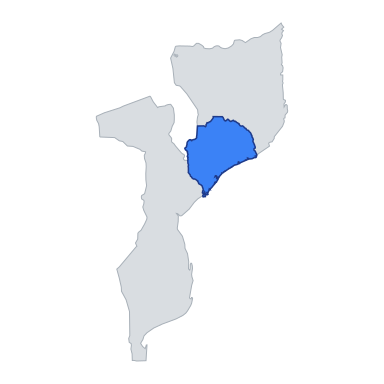 location of Zambezia within Mozambique
{"feature_id": "MOZ-1906", "entity_name": "Zambezia", "entity_type": "Province", "adm_level": 1, "iso_a3": "MOZ", "parent_name": "Mozambique", "parent_adm1": "", "projection": "robinson", "projection_center": [37.187, -16.952], "detail": "fine", "context": "in_parent", "style": "filled", "palette": "blue", "viewbox_px": 384, "rotation_deg": 0, "n_neighbors": 0, "source": "natural_earth", "source_scale": "10m", "svg_char_len": 9339}
<svg xmlns="http://www.w3.org/2000/svg" viewBox="0 0 384 384"><path d="M116.8,269.1L119.3,266.9L135.9,247.1L136.9,246.3L135.5,243.0L137.7,239.1L137.9,233.2L138.6,232.2L141.1,230.2L144.6,224.0L146.8,219.2L147.0,217.0L143.8,210.4L142.8,207.0L143.8,203.9L144.1,201.1L143.7,200.2L141.7,199.0L141.4,197.7L141.4,196.2L141.8,195.4L144.1,194.1L144.7,193.4L146.6,185.7L145.9,180.0L145.8,173.5L146.2,166.7L146.0,162.9L144.5,158.5L144.3,155.3L145.4,153.1L145.6,151.8L141.9,151.1L139.9,149.3L132.9,146.4L127.4,146.0L122.8,141.5L119.3,140.8L114.7,137.6L100.3,137.0L99.8,136.7L99.2,126.9L98.6,123.7L96.8,120.3L96.3,117.9L96.4,116.3L104.3,112.8L119.9,107.8L123.3,106.1L149.9,96.2L150.6,96.8L153.3,101.9L157.7,107.6L158.8,106.8L165.2,105.9L166.1,105.2L168.1,104.6L170.3,104.3L171.0,104.7L173.4,108.2L174.3,114.9L174.3,119.4L174.1,122.6L172.2,126.3L170.8,131.0L168.8,133.6L168.9,134.8L171.2,137.6L171.7,138.8L171.5,141.2L171.9,142.2L173.9,143.7L175.5,146.0L181.3,152.8L182.7,154.0L183.9,154.3L184.5,155.6L184.2,157.2L183.3,158.1L183.6,159.3L184.7,160.4L187.4,160.2L187.7,159.7L187.5,153.8L186.6,150.3L185.4,148.7L187.7,142.2L188.9,140.4L193.2,139.7L195.2,139.1L196.0,138.3L196.6,136.3L197.1,130.5L197.3,125.1L196.9,122.0L197.5,117.2L198.4,114.3L198.0,113.7L197.6,109.7L186.8,93.8L180.6,86.7L179.6,85.9L176.2,85.3L174.4,82.7L172.9,68.4L170.6,58.1L174.1,51.3L175.3,46.9L176.0,46.2L179.1,45.9L189.8,46.1L192.4,46.5L193.6,46.1L196.4,43.4L198.7,43.4L201.8,45.2L203.5,46.6L203.8,47.9L205.8,48.6L209.7,48.8L212.5,48.2L214.2,46.7L216.1,45.9L218.0,45.8L219.4,46.3L220.4,47.4L222.3,48.2L225.1,48.7L228.2,48.0L231.5,46.0L233.4,44.0L234.4,40.6L235.0,40.2L239.7,39.8L242.2,40.5L245.4,42.6L250.9,38.8L254.3,37.5L257.7,37.5L260.4,36.6L262.5,34.8L264.8,33.6L269.4,32.3L272.5,30.4L281.1,23.0L282.1,25.2L283.8,27.1L281.5,29.2L283.5,30.6L282.0,32.6L281.8,34.0L282.5,35.4L281.6,37.8L280.3,39.6L279.9,40.9L281.1,43.3L280.5,47.6L282.2,54.8L281.7,57.1L282.1,62.8L281.4,64.8L282.5,65.5L283.1,67.8L282.6,71.7L280.7,73.3L280.5,74.9L282.8,75.0L282.8,79.9L282.5,81.3L283.1,83.0L282.4,84.8L283.2,92.7L283.3,98.4L283.4,99.4L285.4,100.3L285.4,101.9L284.0,103.9L284.1,107.0L285.6,104.6L286.5,104.6L287.2,105.5L287.3,109.0L287.7,110.7L287.5,112.2L285.1,115.1L285.0,117.9L284.0,118.2L283.6,118.9L284.2,120.5L284.2,121.9L282.5,126.3L274.3,136.7L274.2,138.5L272.1,141.8L269.8,142.3L268.6,143.2L269.5,146.1L258.7,153.5L257.6,154.5L255.8,157.2L252.3,158.6L248.4,158.8L247.7,159.3L239.0,162.7L237.2,164.4L233.5,165.8L227.6,169.5L222.8,173.0L217.3,178.2L216.6,181.0L214.0,184.7L210.2,189.0L207.9,192.6L207.7,194.2L206.4,194.7L205.2,193.2L204.7,196.1L203.8,196.3L202.7,195.7L197.9,198.8L194.3,202.3L189.2,209.1L181.7,215.7L180.0,215.9L177.6,213.6L176.4,213.4L178.3,215.9L178.2,221.4L177.3,227.9L177.4,229.3L182.4,236.2L184.8,244.2L185.0,248.3L187.5,253.6L188.7,261.5L188.5,268.9L189.7,270.1L190.1,269.1L190.3,264.4L190.9,263.2L191.6,263.3L192.3,265.9L192.5,268.5L191.6,274.3L191.9,276.7L193.1,280.6L191.7,285.2L189.5,297.8L190.0,298.6L191.1,298.9L191.5,297.5L192.2,297.6L192.6,298.4L191.6,303.3L190.7,305.5L187.5,310.9L185.8,313.1L182.9,315.4L176.1,318.9L162.4,324.0L153.8,328.0L147.0,332.7L144.0,335.9L142.9,339.5L140.6,343.3L142.6,346.5L145.2,348.7L146.3,345.0L147.0,344.9L146.0,360.7L136.6,361.0L133.9,360.4L132.3,360.5L132.1,353.9L130.9,349.0L131.4,345.5L131.2,343.6L129.2,342.3L128.7,338.5L129.8,335.6L129.5,311.5L126.1,299.8L121.5,291.3L121.3,287.1L119.2,277.8L116.8,269.1ZM176.5,57.1L177.6,56.5L177.8,55.3L177.1,54.7L176.4,54.9L176.1,56.8L176.5,57.1ZM175.7,55.0L174.8,54.1L174.2,54.3L173.9,55.1L174.6,56.0L175.4,56.1L175.7,55.0Z" fill="#d9dde1" stroke="#a8b0b8" stroke-width="1"/><path d="M197.5,126.0L203.9,125.9L204.2,126.0L204.6,126.3L205.0,126.4L205.3,126.7L205.5,126.7L205.9,126.1L206.1,125.7L206.1,125.3L206.0,124.9L206.1,124.6L206.5,124.0L207.1,122.8L207.1,122.7L207.3,122.7L207.7,122.8L207.9,122.8L208.3,122.5L208.7,122.5L209.4,121.9L209.5,121.9L209.9,121.8L210.6,121.4L211.6,120.1L211.8,119.9L212.1,119.4L212.5,119.0L213.2,117.8L213.3,117.5L213.2,116.6L222.3,116.7L223.0,117.4L223.3,117.9L223.5,118.4L223.7,118.8L224.1,119.9L224.3,120.1L224.9,120.5L225.1,120.9L225.2,121.0L225.3,121.0L225.8,120.7L226.3,120.6L226.5,120.5L226.7,120.3L227.0,119.7L227.5,119.3L227.8,119.2L228.0,119.3L228.4,119.5L228.7,120.0L228.8,120.1L229.4,120.4L229.5,120.5L229.5,120.8L229.7,121.0L229.8,121.0L230.1,121.1L230.4,121.3L230.6,121.5L230.8,121.5L231.2,121.4L231.7,121.1L232.0,120.8L232.5,120.7L232.9,120.4L233.2,120.3L233.4,120.3L233.6,120.4L234.1,121.1L234.4,121.4L234.6,121.4L234.9,121.3L235.5,121.3L236.1,121.8L236.2,122.1L236.4,122.2L236.6,122.4L237.5,122.8L238.0,123.2L238.4,123.3L238.9,123.7L239.0,123.7L239.0,123.8L239.0,124.2L239.0,124.3L239.4,124.5L239.7,125.2L239.9,125.5L240.2,125.7L240.6,125.9L241.6,126.1L241.9,126.0L242.5,125.9L243.1,126.2L243.5,126.6L243.7,126.8L244.1,127.1L244.4,127.7L245.0,128.1L245.7,128.3L245.9,128.5L246.1,128.7L246.2,129.0L246.3,129.5L246.7,129.8L247.5,130.2L248.4,130.4L248.6,130.5L248.8,131.0L248.9,131.3L249.2,131.6L249.3,131.7L250.4,132.6L250.6,133.0L251.0,133.7L251.2,134.4L251.5,134.8L251.5,135.2L251.6,135.3L251.9,135.7L252.0,135.9L252.0,136.2L252.0,136.7L252.0,136.9L252.5,137.6L252.9,138.3L253.2,139.3L253.3,139.5L253.2,139.7L253.2,140.0L253.0,140.4L253.0,140.9L252.9,141.3L253.0,141.4L253.2,142.1L253.4,142.5L253.9,143.5L254.1,144.1L254.3,144.5L254.5,144.8L254.6,145.5L254.9,146.1L255.0,146.3L255.1,146.7L255.2,147.3L255.2,147.6L255.2,148.0L254.4,148.4L254.2,148.5L254.0,148.9L254.0,149.6L254.0,149.9L254.1,150.2L254.3,150.5L254.9,150.8L255.1,151.0L255.7,152.3L255.7,152.6L255.8,152.8L256.3,153.4L256.4,153.7L256.6,154.1L256.7,154.3L256.6,154.9L256.7,155.1L256.7,155.4L256.5,155.7L256.1,155.9L255.8,156.0L256.1,156.1L256.4,156.0L256.5,156.0L256.5,156.4L256.4,156.8L256.2,157.1L256.0,157.4L255.7,157.6L255.0,157.6L254.4,157.6L253.8,157.7L252.8,158.4L252.1,158.7L249.3,159.0L249.0,158.8L248.6,158.4L248.3,158.3L248.7,158.8L248.3,159.3L247.7,159.6L247.1,159.7L247.1,159.3L246.3,160.2L246.0,160.2L245.7,159.9L245.4,160.0L245.4,160.3L245.4,160.5L240.4,162.7L240.1,162.9L239.7,163.5L239.2,163.6L238.8,163.2L238.8,161.8L238.5,161.4L238.7,161.8L238.2,161.9L237.8,161.7L238.1,162.1L238.5,162.6L238.7,163.0L238.3,163.4L238.7,163.6L238.2,164.0L237.1,164.5L234.7,165.0L233.7,165.6L231.4,167.4L231.2,167.4L231.3,167.1L230.8,167.4L230.2,168.0L229.4,168.5L228.8,168.4L228.4,169.0L226.1,170.5L225.6,171.0L225.3,171.2L225.1,171.3L224.9,171.1L224.6,171.6L224.4,171.8L224.1,171.8L223.7,171.8L223.5,172.0L223.4,172.2L223.2,172.6L222.8,172.9L222.2,173.1L221.8,173.0L221.7,173.7L221.2,174.4L220.0,175.6L218.6,178.0L218.1,178.6L218.1,178.4L218.0,178.0L217.9,178.2L217.6,177.7L216.9,177.2L216.8,176.9L216.8,176.7L216.8,176.3L216.4,175.9L215.9,175.7L215.4,175.8L215.2,176.3L215.7,175.9L216.1,176.3L216.4,176.9L216.5,177.6L216.6,178.4L216.7,178.6L217.3,178.8L218.0,179.3L217.4,180.4L217.2,180.8L216.7,181.3L216.6,181.6L216.5,182.0L216.4,182.2L216.0,182.2L215.6,182.0L215.3,182.0L215.0,182.2L214.8,182.5L214.6,183.1L214.9,183.0L215.4,182.6L215.7,182.4L215.5,182.9L214.2,184.5L213.5,185.2L211.8,187.4L211.0,188.2L210.4,188.4L210.3,189.2L210.1,189.5L209.6,189.2L209.7,189.6L209.8,189.7L209.2,189.7L209.0,189.8L209.0,190.0L209.0,190.5L208.7,190.9L208.0,192.5L207.7,193.0L207.7,192.7L207.4,192.6L207.3,193.2L207.2,193.6L207.3,193.7L207.5,193.6L207.4,193.4L207.7,193.6L207.7,193.8L208.0,194.3L207.8,194.5L206.9,194.9L206.5,194.8L206.1,194.5L205.8,194.4L205.4,194.0L204.8,192.6L204.7,193.3L205.1,194.7L205.2,195.4L205.0,196.1L205.3,196.3L205.4,196.6L205.1,196.7L204.9,196.5L204.3,196.6L203.8,196.8L203.1,196.9L202.9,196.6L202.8,195.4L202.9,195.0L203.2,194.9L203.4,194.8L203.6,194.5L203.9,194.0L203.9,193.9L203.6,193.5L203.3,193.0L202.8,193.2L202.5,193.1L202.4,192.9L202.8,192.7L202.6,192.3L202.6,191.7L202.6,191.0L203.0,190.7L203.3,190.7L203.1,190.0L203.2,189.1L203.0,188.6L202.7,187.8L202.7,187.6L202.5,187.3L202.4,186.8L202.2,186.3L202.1,185.9L201.8,185.6L201.4,185.4L201.2,185.2L201.0,184.8L200.8,184.7L200.0,184.4L198.9,183.8L198.6,183.4L198.6,182.8L198.5,182.7L198.2,182.1L197.6,181.4L197.8,181.0L197.4,180.7L196.6,180.2L195.9,179.6L195.5,179.4L195.0,179.2L194.5,179.0L194.3,178.9L193.7,179.0L193.4,179.0L193.2,178.9L192.6,178.3L192.0,177.9L191.8,177.7L191.6,177.1L191.5,176.9L191.2,176.7L190.6,176.3L190.4,176.0L190.3,175.7L190.2,175.0L190.1,174.6L189.9,174.5L189.6,174.2L189.3,173.8L188.7,173.0L188.3,172.6L188.4,171.8L188.4,167.8L188.2,166.6L188.2,166.0L188.3,165.7L188.5,165.3L188.5,165.1L188.4,164.4L188.0,163.5L187.9,163.1L187.8,160.7L187.7,160.4L187.9,160.2L188.0,159.9L188.0,159.5L188.0,159.1L187.8,158.3L187.8,158.0L188.0,157.6L188.1,157.4L188.0,157.2L187.4,156.8L187.3,156.7L187.6,156.3L187.5,155.5L187.6,155.1L188.0,154.6L187.9,154.1L187.6,153.3L187.5,152.9L187.5,151.6L187.4,151.5L187.0,150.9L186.7,150.8L186.5,150.4L185.9,150.1L185.6,150.0L185.1,149.1L184.8,148.2L186.3,147.1L186.5,146.8L186.6,146.4L186.6,145.6L186.7,145.2L187.1,144.7L187.0,143.9L187.0,143.7L187.1,142.7L187.4,141.9L187.9,141.3L189.2,140.0L189.5,139.8L189.9,139.7L190.3,139.7L190.6,139.8L190.9,140.0L191.1,140.4L191.2,140.5L191.4,140.6L191.7,140.7L191.8,140.5L191.8,140.1L192.4,140.0L194.1,139.4L194.3,139.4L194.6,139.5L194.8,139.4L195.0,139.3L196.3,138.3L196.5,138.0L196.7,137.5L196.7,137.2L196.6,136.6L196.6,136.3L196.9,135.0L197.5,126.0Z" fill="#3b82f6" stroke="#1e3a8a" stroke-width="1.5"/></svg>